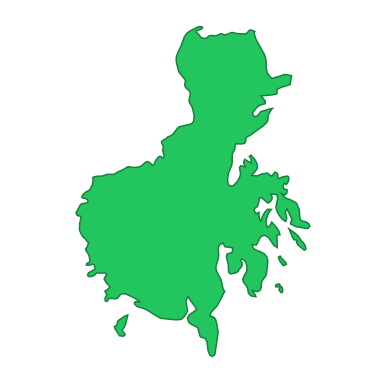 an SVG outline of Hwanghae-namdo, rotated 268°
{"feature_id": "PRK-3304", "entity_name": "Hwanghae-namdo", "entity_type": "Province", "adm_level": 1, "iso_a3": "PRK", "parent_name": "North Korea", "parent_adm1": "", "projection": "robinson", "projection_center": [125.529, 38.191], "detail": "fine", "context": "isolated", "style": "filled", "palette": "green", "viewbox_px": 384, "rotation_deg": 268, "n_neighbors": 0, "source": "natural_earth", "source_scale": "10m", "svg_char_len": 6013}
<svg xmlns="http://www.w3.org/2000/svg" viewBox="0 0 384 384"><g transform="rotate(268 192 192)"><path d="M350.1,260.4L349.4,259.7L345.9,260.2L342.0,261.4L327.4,268.9L323.7,270.2L319.5,270.7L312.6,270.5L308.6,271.3L304.8,273.8L303.1,275.5L302.8,276.2L305.1,285.3L306.2,287.7L306.0,290.7L304.8,295.5L295.9,293.8L293.4,284.7L291.5,280.4L288.8,280.6L287.0,280.0L286.2,274.9L285.7,264.5L280.2,268.4L277.7,268.2L276.6,263.7L275.4,261.1L272.6,258.2L269.6,255.9L267.7,255.1L264.8,257.4L266.0,260.3L270.1,263.7L270.5,266.0L272.2,272.1L272.7,275.3L271.2,273.9L267.1,271.4L265.2,270.7L260.7,270.3L258.8,269.0L255.8,265.8L246.5,251.9L245.6,249.7L244.5,248.0L240.1,247.1L238.9,246.2L238.4,244.6L238.3,242.0L238.7,237.8L237.8,236.9L233.1,236.2L229.8,234.1L228.0,233.5L220.3,233.2L217.0,232.5L209.5,229.1L204.8,228.1L200.1,228.0L196.8,229.6L196.6,233.2L200.1,237.0L204.7,240.0L208.3,241.2L214.7,240.3L216.6,241.6L215.3,246.0L219.1,244.7L221.0,244.9L222.9,246.0L220.7,248.9L219.1,252.2L222.6,252.2L224.0,251.7L225.5,250.5L226.8,252.2L222.2,256.0L219.6,257.3L216.6,258.2L213.6,258.1L211.3,256.6L206.4,252.2L205.8,257.4L207.6,262.7L208.4,267.7L205.0,272.1L207.8,274.8L208.9,275.3L208.2,277.4L207.0,278.3L203.2,278.4L202.4,279.1L203.9,283.0L204.5,286.3L204.5,288.3L203.2,289.2L201.2,289.1L199.4,288.7L197.7,287.8L196.1,286.3L196.9,285.8L197.5,284.6L195.2,283.4L193.2,283.3L191.7,284.4L191.1,287.0L189.9,287.2L187.5,286.7L185.9,285.0L187.2,281.4L182.7,285.3L180.4,290.9L177.3,296.0L170.6,298.6L164.1,298.8L160.7,299.4L159.2,300.8L158.3,304.5L156.2,307.6L153.6,308.6L151.3,306.2L153.8,294.5L156.7,289.3L161.6,290.8L171.8,286.3L168.9,284.6L162.5,285.8L159.2,284.6L161.5,281.4L165.5,278.4L169.9,276.2L173.8,275.3L183.0,277.5L186.6,276.5L187.2,270.7L184.1,272.0L181.6,271.5L179.6,269.8L178.2,267.5L183.7,261.6L183.9,259.2L178.9,258.2L175.3,256.9L173.7,254.6L171.9,253.3L168.0,255.1L169.4,258.2L164.6,258.2L162.4,258.6L160.4,259.7L164.0,261.1L168.6,263.6L172.1,266.9L171.8,270.7L168.3,267.8L163.4,265.7L158.2,264.9L154.0,265.9L154.8,267.6L156.0,268.9L159.2,270.7L153.3,275.4L149.7,277.5L146.3,278.4L146.3,277.0L145.8,275.9L145.0,275.3L133.5,275.3L135.8,271.9L143.8,267.0L146.3,262.8L144.9,259.0L136.8,254.6L137.3,250.5L133.6,251.2L131.5,254.4L129.8,258.6L127.7,262.1L124.9,264.3L121.8,265.2L118.3,265.2L107.6,263.5L105.5,262.8L100.4,258.7L98.5,258.2L94.3,257.9L91.3,256.5L90.1,253.7L91.4,248.9L86.8,251.7L85.1,252.2L85.8,248.3L87.4,245.9L89.9,244.7L93.4,244.3L95.7,243.5L100.5,240.1L103.0,239.7L105.6,240.7L110.5,243.7L113.8,244.3L116.8,244.1L119.4,243.5L121.6,242.1L123.4,239.7L122.0,238.0L119.9,239.5L117.8,239.8L115.8,239.0L111.9,235.6L111.0,235.4L110.4,234.7L109.4,231.8L108.8,227.4L110.6,225.8L118.3,225.7L126.5,224.1L128.7,224.9L129.4,226.9L129.8,229.0L130.9,230.4L134.8,230.7L136.1,223.1L139.9,221.2L138.3,217.7L135.2,216.3L127.8,216.4L124.4,215.9L118.0,213.7L115.1,213.2L112.1,213.8L103.0,218.1L94.0,219.7L91.5,221.2L77.4,213.2L71.3,207.1L67.6,205.5L66.0,209.5L63.9,211.1L59.2,212.2L50.6,213.2L28.8,209.2L27.0,206.9L28.2,204.3L32.7,202.5L41.5,201.8L45.3,200.0L46.8,195.5L48.0,194.9L55.8,193.2L57.2,191.5L60.2,185.9L62.2,184.0L66.5,183.1L69.5,185.2L74.3,192.5L76.2,191.7L87.7,184.0L83.0,182.1L73.2,183.5L67.9,180.0L65.3,177.0L64.9,175.3L64.8,171.5L66.7,157.2L67.5,155.0L75.7,142.8L77.0,140.2L79.3,133.4L81.5,131.1L82.9,130.5L83.9,130.8L84.4,132.4L84.0,135.7L86.4,133.2L89.5,128.2L92.2,122.7L93.0,118.9L91.9,116.6L88.6,114.1L87.9,111.9L88.6,107.3L88.4,105.5L85.6,103.2L86.2,101.5L88.8,101.3L92.5,103.4L94.6,102.0L96.2,101.6L97.2,103.8L100.0,106.8L104.0,103.3L108.3,101.1L113.0,104.1L114.2,101.6L114.1,97.4L114.7,94.1L112.6,92.1L111.2,89.4L110.9,86.7L112.1,84.7L114.8,85.6L118.3,92.5L122.6,91.8L123.3,90.1L122.3,86.8L122.6,83.8L124.3,84.5L125.2,86.7L127.0,87.8L133.0,86.6L137.4,83.9L138.9,83.8L140.8,85.4L145.1,86.8L147.0,84.9L148.6,84.1L150.6,81.8L153.5,80.0L157.8,78.2L164.8,78.7L169.0,79.9L171.3,80.2L171.8,79.4L172.1,77.8L173.0,76.1L175.2,75.4L183.4,80.2L184.3,82.3L184.8,86.6L185.9,87.7L188.2,87.4L189.1,85.3L189.7,82.9L190.5,81.7L192.3,82.3L194.1,83.8L195.5,85.6L196.1,87.0L198.1,90.2L202.6,92.6L207.7,93.7L209.4,93.2L210.4,94.1L211.0,97.0L211.1,103.1L212.6,107.8L212.4,113.8L212.7,115.2L214.9,119.1L216.3,122.9L219.3,128.5L219.5,129.6L218.5,134.4L218.6,138.0L219.0,140.2L219.6,142.0L223.4,146.7L224.0,148.3L223.2,150.3L221.5,152.2L220.0,153.1L220.0,153.9L221.3,155.2L225.1,157.0L228.5,160.2L228.8,161.3L228.6,162.1L227.3,163.4L227.0,164.2L227.4,165.0L230.2,165.4L233.2,164.3L234.7,164.2L238.8,165.0L241.8,163.4L242.9,163.3L244.0,163.7L244.9,165.1L245.9,167.4L248.2,170.2L248.7,172.4L249.7,173.9L251.1,175.6L256.2,179.7L257.3,181.0L258.0,183.2L259.7,192.1L260.6,194.3L261.7,195.4L263.3,196.2L268.1,196.9L276.5,195.2L282.3,192.3L284.0,192.3L289.9,193.7L291.9,193.4L293.5,192.7L295.3,190.5L297.4,188.9L299.8,188.5L303.3,189.3L304.5,189.0L312.5,183.0L321.6,181.0L325.8,180.8L328.2,181.3L332.5,183.0L337.8,185.9L347.4,189.8L350.7,192.3L352.4,194.6L353.6,196.8L357.0,204.3L357.0,206.5L356.7,207.8L355.8,208.3L354.6,207.1L353.1,202.8L352.6,202.1L351.7,201.9L348.9,204.5L346.6,206.0L345.6,207.4L345.0,210.1L345.1,211.7L347.2,214.1L347.8,215.8L347.3,221.6L349.3,226.5L347.9,230.1L348.6,233.7L349.9,236.3L350.0,238.1L348.8,242.1L348.1,249.2L348.4,251.5L349.3,252.9L351.6,255.0L351.9,256.2L351.2,258.4L350.1,260.4ZM66.3,114.0L70.6,121.0L71.3,123.5L63.3,121.4L59.6,119.8L56.1,117.2L51.9,120.3L50.2,118.3L50.9,114.6L58.0,110.3L60.2,109.8L61.2,111.9L64.2,112.9L66.3,114.0ZM144.6,290.4L151.8,287.6L147.1,293.7L144.0,296.8L139.0,299.9L137.5,301.4L134.8,303.1L131.0,303.9L129.9,302.2L135.5,295.9L138.1,294.7L140.0,295.4L140.9,291.9L141.9,291.9L143.4,290.6L144.6,290.4ZM116.4,283.7L115.2,280.6L119.8,277.4L123.1,276.2L124.0,276.2L124.5,277.0L124.8,278.0L124.3,278.4L123.3,278.6L118.0,283.5L116.4,283.7ZM94.5,272.3L96.4,272.7L97.2,274.9L96.6,276.6L95.6,276.5L93.6,278.6L91.8,279.2L89.8,279.2L88.4,278.6L88.4,277.5L91.1,275.5L93.6,276.4L94.1,276.2L94.5,274.8L94.0,273.7L94.5,272.3Z" fill="#22c55e" stroke="#15803d" stroke-width="1.5"/></g></svg>